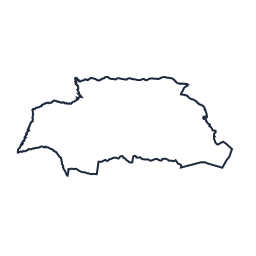 Sene West, Brong Ahafo, Ghana (Natural Earth projection), rotated 98°
{"feature_id": "2480657B37380438315906", "entity_name": "Sene West", "entity_type": "district", "adm_level": 2, "iso_a3": "GHA", "parent_name": "Ghana", "parent_adm1": "Brong Ahafo", "projection": "natural_earth1", "projection_center": [-0.653, 7.749], "detail": "fine", "context": "isolated", "style": "outline", "palette": "slate", "viewbox_px": 256, "rotation_deg": 98, "n_neighbors": 0, "source": "geoboundaries", "source_scale": "gbopen_adm2", "svg_char_len": 5778}
<svg xmlns="http://www.w3.org/2000/svg" viewBox="0 0 256 256"><g transform="rotate(98 128 128)"><path d="M154.2,29.1L145.8,25.8L142.6,23.7L134.4,22.1L129.5,29.3L128.4,32.0L131.7,36.5L131.9,37.1L131.4,38.1L130.1,39.5L126.6,41.3L124.9,41.6L124.7,41.6L124.3,41.0L123.8,41.7L121.9,41.9L121.1,41.7L120.5,41.0L119.8,40.6L118.8,40.8L118.5,41.4L118.6,43.8L116.8,44.9L115.8,45.8L114.9,47.5L114.5,47.2L113.2,47.4L112.9,48.1L113.1,48.7L111.0,50.7L110.5,51.6L109.7,51.5L108.8,52.3L108.5,52.9L108.4,54.2L107.7,55.0L107.5,54.9L107.0,54.1L106.4,54.4L106.4,53.7L105.9,53.3L106.7,51.6L106.2,51.3L103.0,52.2L100.9,53.2L100.1,53.9L98.9,54.6L98.7,54.3L98.0,55.0L97.5,55.0L96.1,56.2L95.2,57.8L95.2,58.7L94.7,59.1L94.8,60.2L94.6,61.0L94.1,61.2L94.1,61.5L93.6,62.1L93.3,62.9L93.1,62.8L92.5,63.5L91.6,65.0L90.6,68.1L90.7,68.6L90.1,70.7L89.0,72.6L88.2,73.2L87.7,74.1L87.9,74.4L87.4,75.6L87.6,75.7L87.6,76.2L87.3,76.9L87.4,79.4L87.1,79.8L87.2,80.2L85.7,80.0L83.0,78.7L81.2,78.4L79.8,77.5L77.6,74.9L77.2,74.9L77.0,75.2L76.9,75.0L76.8,75.3L76.6,75.2L76.4,75.4L76.4,75.8L76.2,75.8L76.3,76.5L76.2,77.1L76.6,77.7L76.3,78.2L76.4,79.6L76.6,79.7L76.4,80.5L76.7,81.4L77.0,81.6L77.1,82.2L76.7,82.7L76.9,84.4L76.3,86.0L75.8,86.5L75.6,87.2L75.3,87.6L74.7,87.7L74.4,88.6L73.8,89.0L73.7,89.7L73.2,90.1L72.9,91.0L72.6,92.1L72.8,93.3L72.6,94.2L72.8,96.4L72.4,98.2L72.6,99.9L73.1,101.2L74.1,102.9L74.7,103.4L75.3,105.1L75.3,107.6L75.6,109.5L75.5,111.1L75.7,112.2L76.6,114.2L77.9,115.8L78.1,116.6L78.0,117.2L78.2,117.5L77.4,118.5L77.3,119.5L77.4,120.3L78.4,121.5L79.0,123.2L79.2,125.6L79.0,126.3L78.8,129.2L79.0,129.5L78.8,130.7L79.0,131.0L78.8,131.3L78.5,133.6L79.4,135.5L80.3,136.1L80.3,141.3L80.0,143.3L80.2,145.1L80.6,146.0L81.6,146.8L81.7,147.3L81.5,149.4L81.7,152.3L81.2,153.8L80.6,154.4L80.3,155.7L80.4,156.2L81.1,158.0L82.0,158.5L82.6,160.3L83.2,160.6L83.9,161.6L84.0,162.3L84.5,162.4L85.1,163.6L85.0,165.2L84.6,165.4L84.3,166.5L84.1,166.8L83.7,169.0L83.8,169.6L83.4,171.2L83.8,171.5L83.8,172.1L84.3,172.8L85.2,173.2L85.4,174.0L86.3,174.5L86.3,175.0L85.9,175.7L85.8,177.5L86.7,178.0L86.9,178.7L87.6,180.0L87.6,180.7L88.6,181.7L88.6,183.0L88.3,183.3L87.8,183.3L87.2,183.6L87.5,184.8L85.8,185.4L85.9,186.2L85.6,186.8L86.3,187.4L87.2,186.8L87.6,186.2L88.8,186.6L88.9,186.2L89.5,186.5L89.9,185.8L90.1,186.1L90.9,185.7L91.0,186.1L91.6,186.0L91.9,185.3L92.3,185.1L92.3,184.5L93.3,183.7L93.4,183.3L93.9,183.4L94.9,182.9L96.0,182.7L96.2,183.0L96.7,183.0L97.2,183.5L98.4,182.6L98.9,181.9L99.9,181.7L100.5,181.1L100.9,181.2L101.3,181.0L101.3,181.3L101.5,181.0L102.2,180.8L102.2,180.1L102.5,179.5L103.8,178.3L103.8,180.1L105.0,181.4L105.0,182.3L106.1,181.2L106.4,181.3L106.6,182.7L107.1,182.5L107.6,182.8L108.2,183.8L109.3,184.8L109.7,185.8L110.6,187.0L111.7,187.4L112.0,187.8L111.7,189.4L112.3,190.0L112.4,190.7L112.1,191.3L112.3,191.9L111.9,192.4L111.9,192.9L112.3,193.3L112.4,193.8L111.9,194.2L111.8,194.6L112.0,194.9L111.5,195.5L111.6,196.3L112.1,196.9L112.4,197.6L111.7,198.9L111.9,200.0L111.4,201.2L111.7,201.5L111.7,202.0L111.5,202.6L111.1,203.2L111.3,203.6L111.1,205.0L112.1,206.2L112.3,206.6L113.0,206.8L113.7,207.5L114.0,209.8L114.5,210.1L114.2,211.4L114.3,211.9L115.1,213.0L115.4,214.1L115.6,214.1L116.4,215.3L116.5,215.2L117.2,216.4L117.5,216.7L118.1,216.5L118.4,216.7L118.4,217.1L119.9,219.2L120.0,220.0L120.5,220.7L120.7,221.7L122.3,223.1L122.4,223.8L122.2,224.4L122.7,224.9L123.4,225.2L123.8,225.2L124.5,224.5L126.7,224.3L127.7,223.7L129.4,224.1L130.0,223.9L131.5,224.1L132.4,223.4L133.1,223.3L134.1,223.7L134.7,223.4L135.7,224.7L136.1,225.1L137.1,225.0L137.6,225.1L138.0,225.6L139.4,225.8L139.9,225.6L140.5,226.2L141.4,226.2L142.1,226.7L142.6,226.6L142.9,226.1L143.4,226.1L143.6,226.9L143.8,227.1L144.5,226.6L144.7,226.0L145.7,227.2L146.6,227.6L147.5,227.4L147.9,228.1L148.3,227.9L148.5,227.4L149.7,228.2L150.5,228.4L151.4,229.1L152.2,228.7L152.2,228.4L152.8,229.0L153.9,228.7L154.8,229.5L155.5,229.3L155.7,230.1L156.6,230.6L157.1,230.4L157.5,231.0L158.1,230.8L158.2,230.7L158.4,230.1L158.8,230.4L158.6,230.6L158.9,231.4L159.4,231.7L159.6,231.7L160.3,231.5L160.7,231.9L162.3,232.2L163.8,233.4L164.8,233.8L165.5,233.9L166.4,233.6L167.2,233.9L167.8,233.5L167.4,232.8L166.7,232.3L166.5,231.4L166.2,231.0L166.4,229.8L166.2,229.2L165.4,228.6L165.4,226.7L164.6,225.8L164.2,224.6L162.6,223.3L162.7,221.3L161.5,219.3L161.5,218.2L161.2,218.1L160.6,216.9L160.2,214.7L159.4,212.8L159.0,212.4L158.3,211.1L158.3,210.3L158.8,209.0L158.7,208.2L158.0,207.6L157.9,207.3L158.6,206.5L158.3,205.5L158.4,204.1L159.2,202.6L159.7,199.8L160.1,199.1L160.3,199.1L161.0,198.5L161.1,197.7L162.0,196.1L161.9,195.5L163.4,194.4L165.2,192.5L166.3,191.7L166.4,190.8L166.8,190.3L168.0,189.9L168.5,189.5L169.3,189.5L171.1,188.6L172.7,188.6L173.6,187.6L174.4,187.1L175.2,186.8L175.9,187.1L176.9,186.2L177.9,185.8L179.0,184.6L182.5,182.4L183.5,181.7L183.6,181.2L179.9,181.1L177.0,181.3L177.0,179.8L176.4,179.4L176.1,177.9L176.2,175.5L175.6,174.2L176.1,172.6L177.3,170.2L178.1,166.9L177.9,165.1L178.1,164.2L178.0,163.8L178.5,162.1L178.4,160.7L178.8,159.2L178.7,157.3L178.3,156.0L178.1,152.5L165.5,152.5L165.2,149.7L162.7,146.0L163.5,144.5L163.4,143.7L163.1,143.2L161.5,142.1L161.2,140.7L159.9,138.9L159.2,137.4L159.2,135.5L159.6,133.2L157.2,131.6L156.7,130.6L156.7,129.4L157.6,128.6L158.3,128.3L158.6,126.5L160.0,125.2L160.5,123.8L161.6,122.2L161.8,120.6L161.4,119.0L155.8,118.9L155.1,118.5L154.7,117.8L154.7,116.7L155.3,115.9L156.0,115.7L156.1,114.5L155.3,111.9L156.4,110.5L156.8,109.5L156.8,106.6L156.3,103.9L157.1,101.7L157.1,100.4L155.7,98.2L154.5,95.2L155.8,91.8L155.5,90.2L154.7,89.8L153.9,89.7L153.2,86.9L153.9,83.9L154.4,83.4L154.6,82.7L154.3,80.0L154.6,78.2L153.3,76.4L156.4,73.4L157.0,70.8L158.3,70.0L159.8,70.1L151.5,50.2L151.8,49.2L151.5,48.8L151.2,47.3L151.9,44.9L154.2,29.1Z" fill="none" stroke="#1e293b" stroke-width="2"/></g></svg>